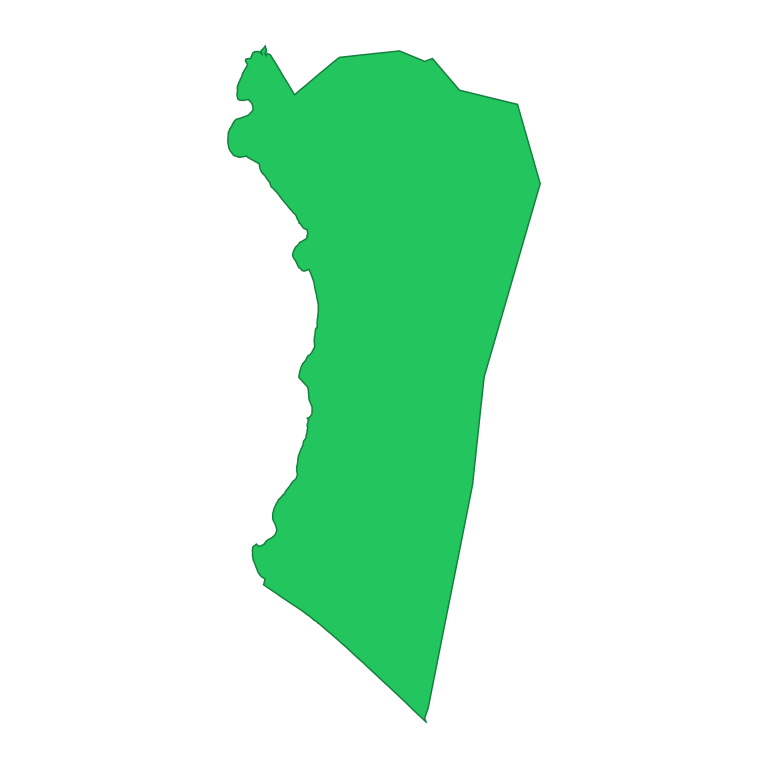 Santa María Huazolotitlán, Oaxaca, Mexico
{"feature_id": "50627088B3562448791337", "entity_name": "Santa María Huazolotitlán", "entity_type": "district", "adm_level": 2, "iso_a3": "MEX", "parent_name": "Mexico", "parent_adm1": "Oaxaca", "projection": "equal_earth", "projection_center": [-97.973, 16.191], "detail": "fine", "context": "isolated", "style": "filled", "palette": "green", "viewbox_px": 768, "rotation_deg": 0, "n_neighbors": 0, "source": "geoboundaries", "source_scale": "gbopen_adm2", "svg_char_len": 5143}
<svg xmlns="http://www.w3.org/2000/svg" viewBox="0 0 768 768"><path d="M517.5,104.4L485.5,96.6L459.5,90.2L432.4,58.5L424.7,61.4L399.4,50.9L398.9,51.0L364.9,54.6L339.4,57.4L334.1,61.5L322.4,71.3L319.4,73.7L306.9,84.4L300.1,90.0L298.0,91.8L297.7,92.1L296.2,93.4L294.5,94.7L289.0,85.5L288.0,83.8L283.5,76.7L280.1,70.7L276.1,64.0L270.3,54.8L267.1,53.5L265.9,55.7L264.9,53.3L266.6,51.4L266.1,49.0L265.7,47.8L265.2,46.1L263.9,47.8L263.9,48.0L260.9,50.8L261.9,54.1L258.8,51.5L254.9,51.6L252.8,52.9L250.7,58.3L246.0,59.0L245.4,60.7L247.6,64.8L242.4,73.8L241.8,76.7L241.3,77.4L240.9,78.1L240.5,78.7L240.0,80.1L239.5,81.4L238.9,82.4L238.7,83.3L238.0,84.7L237.5,86.1L237.3,87.9L237.3,89.3L237.6,91.4L237.3,92.2L237.1,93.1L237.0,94.6L237.1,96.1L237.6,97.6L237.8,98.7L238.1,99.3L238.6,99.7L239.5,100.1L242.4,100.5L245.3,100.1L246.8,99.8L248.5,99.6L249.5,100.9L251.2,102.4L252.5,105.2L252.7,106.1L253.1,109.7L251.9,111.4L250.4,113.0L248.7,114.9L245.9,116.2L242.8,117.3L242.4,117.5L241.6,117.7L241.1,117.9L240.6,118.1L239.8,118.4L239.2,118.5L238.2,118.6L237.5,119.0L236.7,119.3L235.6,119.8L234.9,120.6L234.3,121.3L233.6,121.9L233.5,122.2L233.4,123.2L232.7,123.8L232.0,125.4L231.4,126.7L230.8,127.4L230.4,128.1L229.8,128.9L229.2,130.6L228.3,132.4L227.9,140.1L227.9,140.4L227.8,141.2L227.8,142.0L227.9,142.7L228.1,143.6L228.1,143.8L228.1,144.0L228.2,144.4L229.0,148.4L230.0,150.5L230.5,151.2L233.7,155.4L239.4,157.4L243.1,156.7L246.4,156.1L248.1,157.6L259.1,163.7L260.3,169.5L261.9,172.7L262.0,172.8L263.2,174.1L264.3,175.2L265.3,176.3L265.7,176.9L266.0,177.4L266.8,178.6L267.2,179.2L268.7,181.3L269.7,182.5L270.1,183.7L270.9,186.2L272.1,187.7L272.8,188.2L273.7,189.1L275.9,191.4L276.6,192.2L278.1,193.9L281.5,198.7L282.6,200.0L285.7,203.7L286.5,204.4L287.1,205.3L287.6,206.0L288.8,207.5L290.1,209.2L291.4,210.2L292.9,212.3L294.0,213.4L295.7,215.0L296.6,216.9L297.1,218.6L298.6,221.0L299.3,223.0L299.2,223.1L299.9,223.4L300.3,223.8L300.9,224.6L301.5,225.6L302.3,226.7L303.0,227.5L303.9,228.5L304.1,228.4L306.8,229.8L307.2,229.6L307.6,232.6L307.6,234.3L306.9,235.9L307.5,236.2L306.5,238.5L301.5,241.6L301.4,241.6L299.5,242.5L299.1,243.7L298.8,244.0L295.5,247.3L293.8,250.4L293.4,251.7L292.8,253.7L292.7,255.9L293.6,258.1L295.8,261.2L298.0,266.0L298.9,267.6L300.5,268.6L302.1,270.6L304.4,271.1L308.9,269.4L310.9,273.7L313.8,281.8L315.0,288.8L315.6,291.2L316.5,295.0L316.7,296.6L317.4,300.1L317.8,302.5L318.3,304.1L318.3,307.5L318.3,311.2L318.3,311.3L317.8,316.0L317.6,317.7L317.6,317.9L317.3,319.5L317.3,321.1L317.1,323.2L317.2,324.8L317.3,325.0L317.1,327.2L316.9,327.0L316.0,328.5L315.5,329.2L315.3,331.4L314.9,335.3L314.4,337.0L314.6,337.9L314.4,338.9L314.2,339.8L314.2,340.8L314.3,342.0L314.4,343.3L314.4,344.3L314.9,345.7L314.2,347.9L311.6,352.7L310.3,354.3L309.6,354.9L307.9,355.9L306.6,358.1L306.0,359.6L306.0,359.9L303.4,363.0L302.7,363.6L302.1,365.1L301.1,367.4L299.8,371.3L299.1,375.1L298.9,377.5L307.5,386.9L308.2,389.1L308.5,392.4L308.8,396.5L309.1,399.8L312.1,407.1L312.0,413.0L311.5,415.0L309.3,417.4L307.3,418.2L308.7,419.5L308.4,419.6L307.9,421.0L308.2,421.9L307.5,423.5L307.4,423.9L307.3,424.1L307.4,424.6L307.4,425.0L307.1,425.6L307.2,426.1L307.3,426.5L307.6,427.1L307.6,427.7L307.6,428.2L307.6,428.3L307.5,428.9L307.4,429.2L307.4,429.3L307.1,430.6L307.1,431.2L307.3,431.2L306.9,433.1L306.6,433.9L306.3,434.5L306.3,434.8L306.4,435.0L306.2,435.7L306.0,436.1L306.2,436.6L305.9,438.0L303.5,441.3L302.9,445.4L300.7,449.8L300.2,451.3L298.5,455.8L298.4,456.4L298.0,458.2L297.8,460.4L297.4,464.3L296.8,466.3L296.8,471.1L297.4,474.4L297.3,475.4L295.8,479.0L292.9,481.4L290.8,484.3L289.4,486.5L286.0,490.7L283.8,494.8L283.3,494.6L282.2,495.8L280.8,497.5L280.0,498.4L278.5,499.6L277.5,501.9L276.4,503.4L275.3,505.9L274.2,508.3L273.7,509.9L272.8,513.6L272.7,515.6L272.8,519.1L273.1,520.0L273.6,521.4L274.6,522.8L274.9,523.7L275.8,525.9L276.7,529.2L276.4,531.6L275.4,534.3L275.0,534.8L272.5,537.2L270.5,538.5L268.3,539.5L266.4,541.0L264.2,543.8L264.4,544.1L264.2,544.3L260.1,546.1L258.6,546.3L257.1,544.9L256.4,544.1L252.9,546.8L252.3,550.2L252.6,552.8L252.5,554.8L252.5,556.2L252.9,557.4L253.1,558.4L253.1,559.7L254.1,562.1L255.1,564.3L255.7,566.2L258.3,572.8L261.2,576.6L262.1,577.1L265.1,579.0L264.8,579.6L264.7,580.5L264.6,581.1L264.5,581.6L264.3,582.0L264.2,582.3L264.1,583.1L264.0,583.5L263.8,584.1L263.5,584.7L264.6,585.4L267.3,587.3L272.3,590.7L276.1,593.3L280.4,596.3L283.1,598.2L286.9,600.6L290.4,603.1L293.5,605.1L296.4,606.9L299.7,609.2L302.2,610.8L306.7,614.4L309.5,616.2L312.9,619.1L314.2,620.3L316.1,621.3L317.1,622.1L318.2,623.3L319.7,624.1L320.4,624.8L322.8,626.9L326.9,630.5L330.5,633.4L333.3,635.9L336.0,638.2L338.7,640.5L342.1,643.7L345.8,646.8L349.6,650.4L354.1,654.6L358.1,658.3L362.5,662.1L365.8,665.2L367.1,666.5L369.4,668.6L373.0,672.0L376.5,675.2L379.4,677.9L381.9,680.3L386.3,684.4L389.4,687.1L390.4,688.2L393.2,690.8L395.9,693.2L398.6,695.8L401.9,699.0L405.7,702.5L408.2,705.0L411.2,707.9L413.3,710.0L417.2,713.7L420.9,717.1L423.5,719.6L425.8,721.8L426.0,721.9L424.6,718.3L428.1,708.3L442.3,636.7L456.8,564.2L472.5,485.0L477.9,434.7L484.1,377.1L540.2,183.7L517.5,104.4Z" fill="#22c55e" stroke="#15803d" stroke-width="1.5"/></svg>